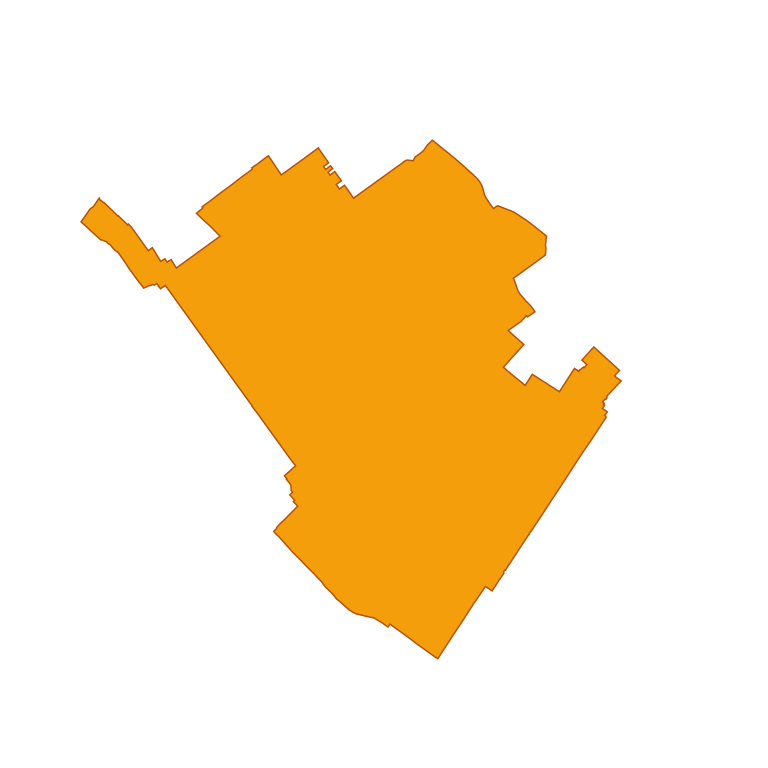 the district of Delft, Zuid-Holland, Netherlands, rotated 159°
{"feature_id": "6326949B20459487982464", "entity_name": "Delft", "entity_type": "district", "adm_level": 2, "iso_a3": "NLD", "parent_name": "Netherlands", "parent_adm1": "Zuid-Holland", "projection": "albers", "projection_center": [4.365, 51.999], "detail": "fine", "context": "isolated", "style": "filled", "palette": "amber", "viewbox_px": 768, "rotation_deg": 159, "n_neighbors": 0, "source": "geoboundaries", "source_scale": "gbopen_adm2", "svg_char_len": 6051}
<svg xmlns="http://www.w3.org/2000/svg" viewBox="0 0 768 768"><g transform="rotate(159 384 384)"><path d="M608.7,644.0L607.8,642.1L607.0,640.6L605.5,637.8L603.4,633.2L602.3,630.9L598.7,624.0L598.0,622.5L597.1,620.4L596.9,620.2L596.7,620.0L595.6,619.4L594.9,618.8L593.9,617.9L592.4,616.7L592.2,616.5L592.1,616.2L591.5,614.5L590.0,612.4L589.5,611.5L589.2,610.8L588.6,608.6L588.4,608.1L587.7,606.5L587.3,605.7L587.0,605.0L586.6,604.1L585.5,603.0L584.3,599.1L582.3,590.9L580.7,583.5L579.9,580.3L578.9,576.9L578.1,573.8L577.7,572.4L576.1,566.7L575.4,564.4L575.0,563.1L574.4,561.1L574.0,559.6L569.6,559.9L569.2,559.9L568.5,559.9L568.0,559.9L566.5,559.7L566.0,559.6L565.8,559.6L565.2,559.7L564.8,559.8L564.4,559.7L564.2,559.7L563.9,559.6L563.7,559.4L563.5,559.2L563.3,558.8L563.0,558.6L562.1,558.8L561.3,558.9L560.4,559.0L559.9,559.0L559.2,556.2L559.5,556.2L558.5,553.0L552.8,554.4L539.3,503.0L538.4,499.5L525.8,451.7L514.9,410.6L515.2,410.5L512.6,401.7L509.2,388.6L505.9,376.2L505.0,372.9L502.1,361.9L497.8,345.7L495.8,339.3L509.7,334.1L509.9,333.8L508.6,330.4L509.3,330.1L507.5,324.4L507.2,323.5L507.1,323.2L508.8,317.8L508.1,315.7L511.7,314.3L509.0,307.4L510.8,306.6L508.3,300.9L512.9,298.8L524.6,293.5L527.6,292.2L529.0,291.7L530.4,291.1L531.8,290.5L535.6,288.5L535.6,287.8L537.4,286.9L538.2,286.6L539.8,285.8L539.2,284.1L538.9,283.2L538.3,282.0L537.0,279.4L536.2,277.3L534.8,273.7L534.2,272.0L531.0,263.7L529.7,260.0L529.3,259.1L529.2,258.8L525.1,249.8L522.3,243.0L520.1,238.1L517.1,231.4L516.8,230.5L516.3,229.1L514.8,225.5L513.5,222.6L513.1,221.7L512.2,218.1L511.5,215.7L510.2,212.8L508.3,208.8L507.3,206.4L505.9,202.7L505.7,201.7L505.8,201.6L504.6,199.0L504.0,198.1L503.0,196.3L498.8,188.1L497.5,185.6L494.8,182.2L492.9,179.8L492.6,179.5L489.2,177.2L483.2,173.1L478.1,169.8L477.5,169.3L477.2,169.1L477.0,168.8L476.3,168.1L471.9,162.4L470.8,160.9L467.4,155.7L464.5,157.7L452.6,139.5L447.8,131.9L447.6,131.3L433.5,109.8L433.3,109.9L432.2,108.3L426.2,112.6L419.0,117.9L413.4,121.9L412.8,122.4L412.5,122.6L409.0,125.1L404.3,128.5L393.7,136.0L381.2,145.2L379.3,146.6L377.2,148.1L375.5,149.1L361.9,158.6L357.2,152.1L353.8,154.6L345.4,160.6L341.4,163.3L339.9,164.4L339.7,165.6L339.4,165.9L337.7,167.1L337.2,166.7L335.9,167.7L333.6,169.6L331.3,171.0L325.6,175.2L324.3,176.1L322.1,177.7L318.2,180.5L317.0,181.4L314.0,183.6L309.9,186.5L306.8,188.7L305.5,189.6L304.3,190.6L303.1,191.2L301.8,191.8L301.9,192.5L300.7,193.2L299.4,193.8L297.2,195.3L293.6,198.0L289.2,201.1L268.8,215.8L250.1,229.2L235.4,239.9L233.2,241.6L230.3,243.7L228.5,245.0L227.4,245.8L220.1,250.9L218.7,251.8L211.2,257.0L210.7,257.4L193.7,269.6L189.3,272.7L188.7,273.0L188.5,274.4L189.3,275.5L188.2,276.2L187.6,276.5L185.5,278.0L188.9,282.8L186.4,284.6L185.5,285.2L186.2,286.4L185.5,286.8L186.3,287.9L185.7,288.2L186.3,289.0L185.2,289.8L183.6,290.3L182.9,290.7L182.6,290.3L182.3,290.2L181.9,290.5L180.9,291.1L180.6,291.5L180.5,292.3L180.6,292.6L177.8,294.0L161.5,301.9L164.7,306.6L165.9,309.0L159.3,312.3L163.1,320.0L173.3,340.2L174.8,343.4L190.7,335.4L187.7,329.4L191.5,327.5L191.8,328.3L195.3,327.1L196.2,327.0L197.7,325.9L197.9,326.2L197.7,326.3L200.6,330.3L223.0,313.9L242.1,339.9L252.7,332.1L256.2,338.4L256.6,339.1L256.9,339.5L258.1,341.6L258.5,342.3L260.4,345.5L264.2,352.4L266.3,356.3L266.2,356.4L266.5,356.9L266.4,357.0L266.2,357.0L262.4,359.0L254.7,363.0L248.7,366.0L243.5,368.6L239.3,370.7L240.4,372.9L246.4,384.5L248.9,389.5L233.6,393.3L226.6,396.8L226.0,395.2L217.2,397.3L217.6,399.0L217.7,400.0L218.3,401.9L218.6,402.8L218.8,403.7L218.9,403.8L220.1,406.9L220.4,407.6L221.0,409.0L221.6,410.1L222.1,411.3L223.6,415.9L223.8,416.5L224.5,418.1L224.8,419.1L225.1,420.4L225.5,422.8L225.5,423.3L225.5,426.5L225.4,426.8L225.3,428.9L225.2,432.5L225.1,432.8L225.3,436.3L217.1,438.5L187.5,446.4L187.5,446.6L186.0,448.6L184.0,453.2L183.5,455.8L182.0,458.7L180.6,461.6L179.2,463.8L189.0,480.4L190.9,483.4L191.7,484.7L192.4,485.9L201.0,497.7L201.6,498.4L202.2,499.0L213.9,509.6L214.6,509.6L214.9,509.6L215.9,509.3L218.9,508.5L220.8,515.5L222.0,520.8L222.3,522.8L222.4,524.7L221.9,528.9L221.6,532.5L221.6,534.1L221.8,536.1L222.1,538.1L222.7,540.2L223.3,542.1L224.4,544.6L225.9,547.7L230.9,557.5L235.3,566.0L238.3,571.4L241.1,576.3L251.5,594.3L254.8,592.9L255.8,592.4L257.1,591.9L257.6,591.7L262.2,588.6L262.9,588.1L263.6,587.8L265.0,587.2L266.2,586.8L267.2,586.4L269.3,585.8L273.2,584.9L273.5,584.8L273.8,584.6L274.4,584.1L275.2,583.4L276.6,581.9L282.4,584.9L285.2,584.6L286.1,584.5L286.5,584.0L295.3,581.8L300.2,580.5L305.5,579.1L319.4,575.4L343.6,569.0L345.8,568.4L346.4,570.5L347.7,576.1L349.7,583.7L355.7,582.0L357.1,587.4L351.0,589.0L351.8,592.3L352.1,593.4L352.7,595.7L353.3,597.9L353.8,600.0L359.5,598.4L359.8,599.6L360.1,600.8L360.4,601.8L358.4,602.4L354.7,603.4L355.7,606.9L361.5,605.2L362.5,608.7L356.5,610.3L357.0,613.0L357.2,613.5L357.6,615.0L358.7,619.3L358.9,620.3L359.7,623.6L360.0,624.7L360.5,626.8L360.7,628.0L361.1,627.9L363.3,627.2L378.2,623.1L386.7,620.8L405.0,616.0L410.1,638.5L412.9,637.8L418.2,636.3L423.2,634.8L425.3,634.3L426.8,634.0L429.8,633.1L430.0,633.1L430.0,632.7L429.9,632.5L430.0,632.1L430.1,631.8L430.3,631.7L430.5,631.6L443.6,628.0L448.0,626.7L456.2,624.2L465.1,621.8L472.5,619.7L482.1,616.8L485.2,616.0L490.4,614.5L490.1,613.3L490.8,613.0L491.5,612.6L492.0,612.5L494.1,612.0L495.1,611.6L496.5,611.1L497.9,610.6L497.7,610.3L497.5,609.7L496.9,608.3L495.5,605.3L494.0,602.1L490.8,595.8L489.6,593.5L488.5,591.0L484.1,580.7L536.3,566.7L538.2,576.5L542.9,575.5L543.7,579.4L548.5,578.5L549.1,581.3L549.9,585.7L550.3,588.5L550.8,591.2L551.1,592.4L551.4,594.3L556.4,593.0L563.6,621.0L565.4,625.0L566.3,624.4L571.8,636.3L572.2,636.1L580.3,653.6L580.6,653.4L582.4,657.0L582.8,656.8L583.7,658.6L583.0,659.4L583.2,659.7L588.3,656.1L589.9,655.0L590.4,654.7L590.6,654.5L590.8,654.3L591.2,654.1L591.6,653.9L591.8,653.8L592.2,653.6L593.3,653.3L594.1,653.1L594.9,653.0L595.1,652.9L595.7,652.6L596.3,652.4L597.9,651.3L599.0,650.5L600.3,649.5L601.0,649.1L601.5,648.7L602.1,648.4L603.8,647.2L606.0,645.8L608.7,644.0Z" fill="#f59e0b" stroke="#b45309" stroke-width="1.5"/></g></svg>